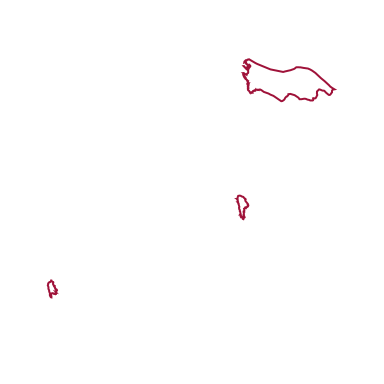 Akureyrarkaupstaður, Norðurland eystra, Iceland (Robinson projection), rotated 218°
{"feature_id": "244011B9807446828123", "entity_name": "Akureyrarkaupstaður", "entity_type": "district", "adm_level": 2, "iso_a3": "ISL", "parent_name": "Iceland", "parent_adm1": "Norðurland eystra", "projection": "robinson", "projection_center": [-18.184, 66.06], "detail": "fine", "context": "isolated", "style": "outline", "palette": "rose", "viewbox_px": 384, "rotation_deg": 218, "n_neighbors": 0, "source": "geoboundaries", "source_scale": "gbopen_adm2", "svg_char_len": 5708}
<svg xmlns="http://www.w3.org/2000/svg" viewBox="0 0 384 384"><g transform="rotate(218 192 192)"><path d="M210.4,306.8L209.2,306.8L207.7,306.2L207.7,306.4L207.4,306.5L207.2,306.6L206.9,306.4L206.8,306.5L206.6,306.4L206.6,306.6L206.3,306.7L206.5,306.7L206.3,306.8L206.4,307.0L206.0,307.2L206.1,307.4L205.9,307.5L206.1,307.6L206.0,307.8L206.1,308.0L206.0,308.4L205.8,308.7L205.8,308.8L205.5,309.4L205.4,309.6L205.6,309.7L205.4,309.9L205.5,309.9L205.4,310.1L205.5,310.1L205.5,310.3L205.0,310.6L205.0,310.9L204.9,310.9L205.0,311.3L204.7,311.5L204.7,311.8L204.9,311.8L204.9,312.0L204.7,311.9L204.3,312.1L204.0,312.3L203.7,312.5L203.5,312.8L203.1,312.8L203.0,313.0L202.9,313.0L202.6,313.2L202.6,313.3L202.4,313.4L202.5,313.5L202.4,313.6L202.3,313.8L202.2,314.0L201.8,314.2L201.6,314.6L201.1,314.8L200.3,314.9L200.1,315.0L197.0,315.1L192.3,316.7L190.2,317.0L187.0,317.9L177.6,318.5L176.9,319.2L176.7,319.6L176.2,321.3L176.2,322.2L176.4,322.9L176.5,323.9L176.3,325.5L176.0,325.7L175.8,327.0L175.8,327.6L176.3,328.4L174.8,329.9L170.7,331.5L166.8,331.8L166.0,331.8L164.4,331.3L163.0,332.4L161.1,334.5L160.3,335.1L159.5,335.5L157.9,335.9L156.3,336.7L155.2,336.9L153.3,338.4L153.1,338.8L153.3,339.5L153.6,339.9L154.3,340.4L154.2,340.6L152.8,341.4L152.4,341.9L152.4,342.7L153.0,345.6L154.1,346.4L155.4,348.2L155.0,351.1L154.0,351.6L151.7,352.2L150.4,353.1L149.9,353.2L147.5,352.8L144.1,352.7L143.3,353.2L143.0,353.8L143.0,355.0L143.1,355.6L143.0,356.7L144.0,357.9L144.1,358.4L144.1,359.2L143.9,359.6L143.0,360.6L145.5,360.3L148.1,360.2L149.7,360.5L155.8,361.0L160.4,361.1L168.1,361.8L172.1,361.6L174.2,361.3L176.6,360.7L180.6,358.4L183.3,357.0L186.4,354.7L186.7,354.2L187.1,352.4L187.4,351.7L188.5,350.0L189.3,348.7L192.9,344.3L193.4,343.6L194.1,342.7L205.7,336.9L219.3,333.1L221.2,332.7L228.7,331.7L228.7,331.4L228.9,331.2L229.7,330.6L229.8,330.3L229.8,329.7L230.7,329.0L231.0,327.1L230.6,326.3L230.4,326.7L230.2,326.7L229.8,327.5L229.3,327.6L229.1,327.3L228.8,327.0L228.9,326.7L228.7,326.5L227.8,326.3L227.2,326.4L227.0,326.7L226.6,326.8L226.5,326.7L226.4,326.4L225.7,326.4L225.2,323.3L224.3,323.3L224.9,327.5L223.9,327.4L223.6,327.2L223.6,326.6L223.4,326.5L223.4,325.0L223.5,325.0L223.4,325.0L223.3,323.9L222.9,323.0L223.2,322.9L223.3,322.5L225.6,322.6L228.6,323.2L228.8,323.0L224.8,322.4L222.7,322.4L222.1,321.7L221.9,321.5L221.3,320.8L221.1,320.3L221.2,320.0L221.4,319.3L221.3,318.9L221.6,318.5L221.3,318.7L221.2,318.3L221.6,318.1L221.7,318.3L222.0,318.0L221.7,317.8L222.4,317.6L224.4,317.6L224.7,317.4L224.8,317.3L224.7,317.3L224.3,316.4L222.0,315.5L222.6,315.2L221.7,314.7L221.2,314.7L221.8,315.1L221.3,315.4L220.5,315.1L220.2,315.2L219.9,314.9L221.3,314.4L220.3,314.4L220.1,314.3L219.3,314.5L219.1,314.3L219.9,314.1L219.1,314.0L218.5,314.2L218.2,314.2L217.3,314.1L217.3,313.9L217.3,314.1L216.5,314.0L216.5,313.9L216.4,313.9L216.4,314.0L216.2,314.0L216.2,313.8L216.6,313.8L217.3,313.8L217.8,313.8L216.7,313.7L216.5,313.4L215.9,313.4L215.7,313.2L215.8,313.1L215.7,313.0L215.2,313.0L214.1,312.5L213.8,312.1L213.7,311.8L214.3,311.8L214.3,312.2L214.8,311.7L214.4,311.5L214.7,311.4L214.8,311.1L214.5,310.9L213.4,310.5L213.4,310.3L212.8,310.0L212.8,309.9L212.4,309.5L212.5,309.4L212.1,309.1L212.3,308.9L211.5,308.4L211.7,308.0L211.1,307.6L211.0,307.2L210.6,307.1L210.4,306.8ZM136.0,202.6L135.5,202.1L135.2,202.1L134.9,202.2L135.0,202.4L134.9,202.8L135.6,203.5L135.4,203.8L135.9,203.9L135.9,204.1L136.2,204.3L136.2,204.5L136.7,204.8L136.6,205.1L136.2,205.2L137.4,205.9L137.4,206.5L137.9,206.9L138.2,207.4L138.7,207.7L138.7,208.2L139.1,208.4L138.8,208.7L139.1,208.9L139.5,209.5L139.4,209.7L139.8,210.2L140.7,210.9L140.5,211.3L140.4,211.9L140.1,212.1L140.5,212.3L140.5,212.5L140.3,212.7L140.4,212.9L140.1,213.1L139.6,213.3L139.6,213.9L139.5,214.1L139.2,214.3L139.1,214.6L139.1,214.9L139.5,215.2L139.6,215.4L139.2,215.7L139.3,216.0L140.4,216.3L140.6,216.6L140.5,216.9L141.1,217.1L144.3,217.8L144.6,218.0L144.7,218.5L144.2,218.9L144.5,218.8L144.6,218.7L144.8,218.5L145.2,218.6L145.4,218.7L145.4,218.9L145.2,219.2L144.6,219.0L145.4,219.4L147.5,219.4L148.4,219.7L149.2,219.5L149.5,219.3L150.0,219.1L151.2,219.0L152.1,218.6L153.2,217.4L153.1,216.9L152.7,215.9L152.4,215.4L152.4,215.2L151.7,214.5L152.1,214.2L151.8,214.2L151.7,213.9L150.6,213.4L150.2,212.9L149.8,212.7L149.8,212.4L149.7,212.4L149.0,212.0L149.2,211.9L148.8,211.8L148.3,211.3L147.2,210.7L146.4,210.0L145.8,209.7L145.4,209.3L145.3,208.6L144.1,207.5L143.2,207.2L142.5,206.3L142.1,206.3L140.9,205.2L140.5,205.0L140.1,204.6L140.2,204.2L139.7,204.2L139.4,203.9L139.5,203.7L139.2,203.8L139.0,203.6L138.8,203.3L138.7,203.4L138.2,203.2L138.4,203.0L138.5,202.8L138.5,202.6L138.0,202.4L137.9,202.8L137.7,202.9L137.2,202.9L136.5,202.6L136.0,202.6ZM239.6,22.9L239.5,22.6L239.1,22.4L238.4,22.2L237.9,22.4L238.4,23.1L240.0,24.4L240.1,24.8L240.0,25.4L240.1,25.7L239.9,26.2L239.1,26.7L238.0,26.7L237.5,27.1L236.8,27.3L236.8,27.5L236.4,27.9L236.5,28.1L237.1,28.2L237.2,28.4L237.1,28.5L236.8,28.5L237.7,28.8L237.8,29.2L237.5,29.3L237.9,29.4L237.6,29.5L238.0,29.5L237.7,29.5L238.2,29.6L238.2,29.8L238.3,29.8L237.9,29.9L238.1,30.1L237.8,30.6L237.8,30.8L238.3,30.7L238.5,31.0L238.0,31.1L237.9,31.3L238.4,31.8L239.2,31.8L238.8,31.6L239.1,31.4L239.8,31.5L239.5,31.6L239.2,31.6L239.4,31.7L240.1,31.5L241.1,32.2L241.2,32.5L242.0,32.6L242.1,32.9L242.3,32.7L242.8,32.8L243.1,33.0L243.1,33.4L243.8,33.4L244.2,33.5L245.0,34.0L245.5,35.2L246.0,35.3L246.1,35.5L246.6,35.3L247.7,35.2L248.0,35.4L248.2,35.7L248.5,35.6L248.4,35.2L248.2,35.0L248.3,33.9L248.8,33.3L248.7,33.1L248.9,32.8L249.1,31.8L248.9,31.1L248.5,30.7L248.2,29.7L246.6,28.7L245.5,27.3L244.0,26.5L243.1,25.5L241.8,24.9L241.4,24.5L241.2,24.1L240.4,23.1L240.0,22.9L239.6,22.9Z" fill="none" stroke="#9f1239" stroke-width="2"/></g></svg>